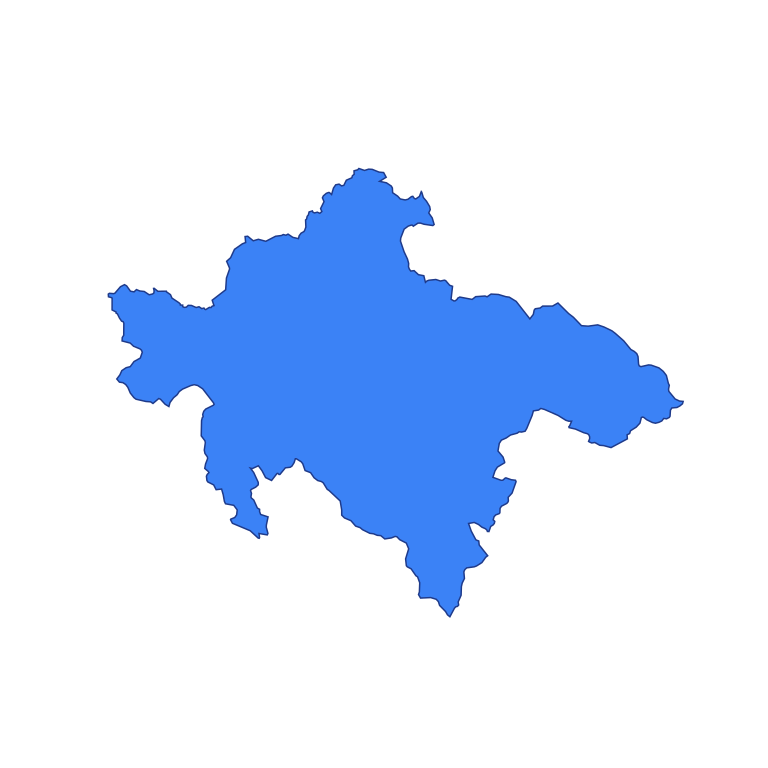 the district of Thuan Chau, Son La, Vietnam, rotated 18°
{"feature_id": "81297802B46916310956334", "entity_name": "Thuan Chau", "entity_type": "district", "adm_level": 2, "iso_a3": "VNM", "parent_name": "Vietnam", "parent_adm1": "Son La", "projection": "albers", "projection_center": [103.593, 21.415], "detail": "fine", "context": "isolated", "style": "filled", "palette": "blue", "viewbox_px": 768, "rotation_deg": 18, "n_neighbors": 0, "source": "geoboundaries", "source_scale": "gbopen_adm2", "svg_char_len": 6164}
<svg xmlns="http://www.w3.org/2000/svg" viewBox="0 0 768 768"><g transform="rotate(18 384 384)"><path d="M170.3,473.9L174.3,467.4L176.2,467.6L182.1,470.9L186.4,471.9L186.2,467.7L188.1,462.1L190.6,458.1L191.6,454.5L194.0,451.1L200.7,445.2L203.7,443.3L207.3,443.0L213.0,444.6L227.8,454.7L228.7,455.9L228.2,457.0L222.2,462.9L221.0,465.6L221.0,469.0L222.1,471.0L221.6,472.2L221.8,475.2L226.2,489.8L231.2,493.3L232.2,495.0L233.5,502.4L235.2,505.4L238.6,507.9L239.3,509.5L239.0,515.2L239.6,519.7L243.9,521.5L244.9,522.4L243.8,524.7L243.6,526.6L245.4,530.5L246.7,531.6L253.2,532.6L257.0,536.4L262.0,534.1L265.3,539.0L268.5,545.0L270.3,546.9L278.6,545.8L283.3,549.1L284.3,554.0L283.3,557.1L280.0,559.9L280.0,560.5L282.9,563.3L302.1,564.9L311.9,569.4L313.0,569.3L313.1,568.4L311.3,564.8L319.6,563.6L319.8,562.0L316.3,556.6L315.7,554.5L314.8,546.2L307.0,546.2L305.1,543.8L304.4,541.6L301.9,541.1L296.0,534.6L292.9,533.3L292.3,532.3L291.8,529.0L290.0,526.6L290.3,525.3L293.8,521.8L295.5,518.9L295.3,517.8L294.7,516.3L287.4,508.4L282.9,505.3L284.8,505.2L289.8,500.6L294.8,504.2L300.3,509.6L306.9,510.5L309.9,502.2L310.7,501.8L312.2,502.5L313.0,502.1L316.1,494.2L320.5,492.2L321.8,490.6L322.8,486.6L322.8,482.5L323.7,482.2L329.4,483.6L331.4,485.0L335.7,490.7L341.6,491.0L346.5,494.8L350.8,496.3L354.6,496.1L356.8,496.8L362.5,501.7L364.7,502.3L378.5,508.8L382.7,516.9L384.3,521.8L387.8,523.6L394.8,524.2L400.9,527.9L405.7,528.0L408.6,529.2L416.7,530.4L420.3,529.7L424.3,530.0L427.8,529.2L432.6,531.1L438.6,528.1L441.7,525.5L443.5,525.3L447.0,527.2L454.4,528.4L458.4,533.1L458.6,543.7L461.4,549.9L462.7,550.7L466.9,551.4L473.6,556.5L475.5,557.0L479.4,562.0L481.9,570.8L481.9,573.6L484.9,576.3L494.4,572.7L500.2,572.6L503.0,574.2L505.3,577.4L512.9,581.4L515.7,583.9L518.6,585.0L520.3,575.4L521.1,573.7L522.6,572.8L523.3,571.1L521.9,568.4L522.6,561.1L520.2,552.7L519.9,549.1L520.6,544.1L518.0,538.0L518.2,535.6L519.5,533.3L526.3,530.0L528.2,528.5L532.3,523.6L534.3,517.3L535.7,515.3L524.3,507.7L522.6,504.0L519.9,503.9L518.9,503.2L512.4,496.9L507.5,490.5L512.6,487.8L517.3,488.4L521.3,489.9L525.2,490.3L527.1,491.2L527.9,492.3L529.4,491.9L529.5,486.5L531.4,484.2L532.0,482.4L531.8,480.4L529.8,479.4L529.7,476.2L530.7,474.0L533.6,471.7L534.0,470.7L532.8,466.4L533.5,463.9L537.7,459.6L538.4,457.8L538.4,456.7L537.1,453.4L539.5,448.2L539.8,436.1L538.8,434.9L534.7,435.7L529.1,435.6L528.4,435.9L526.7,438.8L525.1,439.4L516.4,439.1L516.4,432.3L517.5,428.0L523.0,421.7L523.0,421.1L519.8,416.7L513.1,412.5L512.0,404.9L513.0,401.1L516.9,397.6L520.1,393.4L525.9,389.6L527.3,387.7L529.7,387.2L532.8,385.3L533.5,382.2L534.6,368.1L534.4,363.4L539.1,361.0L540.7,358.8L544.5,358.6L559.3,360.1L568.1,362.3L571.2,362.3L573.9,361.4L573.5,366.4L573.0,367.5L573.5,368.3L580.0,367.7L589.0,368.6L593.0,368.4L594.7,369.2L595.9,370.7L596.5,372.5L596.3,375.4L597.5,375.7L599.8,375.9L602.6,374.5L608.1,375.6L612.0,374.7L619.6,374.3L632.4,361.0L630.9,357.2L632.9,355.2L632.9,352.3L637.2,347.1L639.5,342.1L639.1,336.4L639.9,335.6L641.4,335.5L644.9,336.8L651.2,337.7L654.3,337.4L657.3,335.5L659.6,333.3L660.7,330.3L663.5,329.8L665.7,327.6L666.0,326.3L664.5,320.3L665.2,317.8L669.9,315.8L672.2,313.4L674.0,310.6L673.9,308.1L670.3,308.9L665.5,308.3L657.2,303.0L656.2,301.0L655.7,297.0L654.3,295.6L649.9,288.6L645.7,285.7L640.5,283.7L632.3,283.5L629.7,284.1L623.0,288.1L621.2,287.9L620.0,286.5L617.1,279.4L615.0,277.0L612.0,275.7L608.1,274.9L598.7,268.9L588.6,264.5L584.4,263.0L575.6,261.8L569.0,261.7L560.3,265.9L553.8,267.5L543.5,262.0L537.9,260.0L524.4,253.2L520.2,257.8L510.8,260.9L509.0,263.5L504.6,265.7L504.0,267.3L504.5,271.7L502.6,277.0L484.2,264.6L476.3,262.7L473.0,263.3L465.1,263.5L458.0,265.4L455.1,269.2L452.9,269.1L444.2,272.6L441.7,276.3L429.2,277.9L427.5,279.7L427.4,280.9L426.0,282.9L424.9,283.4L421.6,282.7L419.0,269.9L415.9,269.8L410.7,266.6L409.3,266.6L405.9,268.6L401.0,268.6L394.7,271.4L393.1,272.6L392.0,274.5L388.4,268.7L383.0,269.4L377.6,266.9L374.5,268.3L372.5,266.8L371.1,265.0L370.2,261.7L367.7,257.9L362.2,252.0L355.5,243.0L354.8,239.9L355.3,230.5L358.3,226.3L360.9,224.4L362.0,224.2L363.1,224.9L366.6,220.5L369.0,219.7L372.7,219.7L381.5,218.2L382.4,216.8L378.5,211.1L373.7,207.5L374.1,203.9L372.6,201.1L368.0,197.1L363.8,194.5L360.6,189.9L360.0,189.5L359.7,194.7L357.0,198.2L355.6,198.2L353.4,196.6L352.2,197.3L349.7,200.9L347.3,202.4L342.3,203.0L338.9,201.1L333.1,199.4L331.4,195.0L329.8,193.5L324.2,191.9L317.2,192.6L322.2,186.7L318.3,183.0L313.8,184.0L306.5,183.5L303.0,184.4L299.5,186.9L293.5,186.8L292.8,188.4L289.6,190.5L290.8,193.8L289.6,195.7L289.7,197.8L285.2,201.8L284.4,207.5L282.4,208.7L279.5,207.8L276.5,209.5L275.4,213.3L275.6,220.0L272.9,218.8L272.1,219.0L270.2,220.5L268.2,223.8L267.9,226.0L270.6,229.1L269.5,236.8L271.6,239.2L270.2,241.5L267.5,241.2L265.0,242.8L263.4,242.6L262.4,241.5L259.6,243.5L259.8,246.6L259.1,248.3L259.4,251.1L258.7,252.2L261.2,258.9L261.1,262.2L260.8,263.7L258.5,266.2L257.5,269.2L257.7,272.2L252.0,272.7L246.4,271.1L244.8,272.8L242.0,273.0L240.7,274.4L235.2,277.0L227.5,284.8L219.8,285.2L215.4,288.2L208.7,285.6L206.3,286.7L208.7,292.2L206.0,294.4L200.2,302.1L199.1,311.3L196.4,315.9L201.2,321.4L201.6,322.5L201.4,331.9L204.3,343.3L194.7,357.4L198.1,362.0L196.5,363.1L195.9,364.7L194.2,365.1L191.5,368.3L190.5,368.3L189.3,367.4L187.4,368.6L184.2,367.7L181.7,369.3L176.6,368.8L173.5,369.7L172.3,372.0L170.3,372.9L168.6,372.6L168.2,371.2L165.9,371.8L165.4,370.8L163.9,370.1L155.8,367.8L153.3,365.0L148.5,363.5L148.3,363.0L140.3,365.7L135.8,364.0L135.3,364.3L136.6,366.5L137.0,368.6L136.1,369.9L133.1,371.7L127.4,370.1L123.0,371.0L119.4,370.7L117.8,373.6L114.2,374.1L108.9,370.2L106.5,369.7L103.3,372.9L100.0,380.8L99.0,381.6L94.8,382.6L94.0,383.7L95.0,386.2L98.5,386.1L99.0,386.7L102.5,397.6L106.9,398.3L107.3,399.4L108.8,399.7L112.0,403.0L115.0,405.3L116.6,405.3L117.8,406.6L121.4,418.1L120.7,420.7L121.6,424.0L130.0,423.5L134.2,425.5L141.0,426.0L142.9,426.8L144.3,428.5L144.2,434.6L139.3,439.9L137.3,445.9L133.7,448.2L130.5,452.3L130.0,456.9L128.3,461.8L131.8,464.0L135.3,463.4L138.5,464.3L141.4,466.3L145.5,471.0L150.3,474.2L152.8,475.1L163.0,474.2L167.5,473.1L170.3,473.9Z" fill="#3b82f6" stroke="#1e3a8a" stroke-width="1.5"/></g></svg>